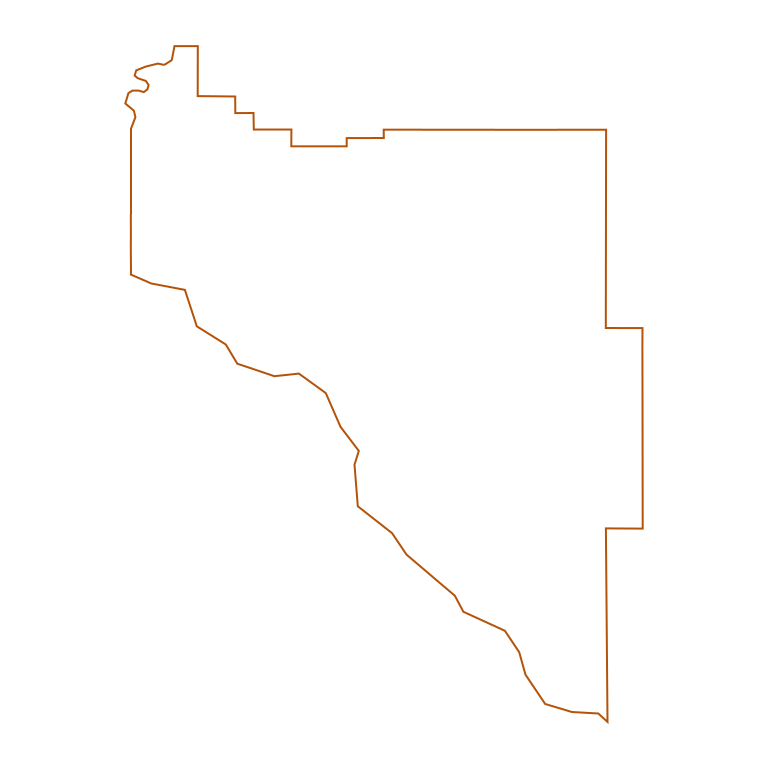 the district of Canyon, Idaho, United States of America
{"feature_id": "52423323B68106023304416", "entity_name": "Canyon", "entity_type": "district", "adm_level": 2, "iso_a3": "USA", "parent_name": "United States of America", "parent_adm1": "Idaho", "projection": "robinson", "projection_center": [-116.848, 43.585], "detail": "fine", "context": "isolated", "style": "outline", "palette": "amber", "viewbox_px": 768, "rotation_deg": 0, "n_neighbors": 0, "source": "geoboundaries", "source_scale": "gbopen_adm2", "svg_char_len": 994}
<svg xmlns="http://www.w3.org/2000/svg" viewBox="0 0 768 768"><path d="M130.9,274.6L151.3,283.5L184.9,289.9L196.8,326.3L225.8,344.5L237.3,363.7L274.4,376.2L298.9,373.6L325.8,393.1L340.5,426.8L358.8,450.9L354.5,464.7L357.8,506.3L392.1,533.2L406.5,554.6L454.9,595.8L463.4,611.8L504.9,630.8L519.2,652.2L525.5,674.7L545.2,704.0L571.9,712.0L598.3,713.5L607.5,721.9L605.9,528.4L642.7,528.6L642.5,395.0L642.4,344.9L642.5,328.1L605.8,328.0L606.1,129.7L532.1,129.8L421.1,129.7L383.7,129.7L383.8,138.0L346.7,138.1L346.7,146.3L291.3,146.3L291.4,129.5L253.8,129.5L253.5,113.0L235.3,113.1L235.2,96.5L197.7,96.1L197.8,46.1L174.5,46.1L172.0,59.0L171.5,60.3L165.3,64.3L163.6,64.8L158.1,63.6L156.6,63.9L145.7,66.6L136.2,70.4L134.7,75.6L137.7,78.2L145.8,80.9L148.6,85.0L147.4,89.4L143.8,92.1L138.6,90.6L132.4,90.6L128.4,93.2L125.3,103.5L133.9,110.7L135.4,117.1L135.1,118.0L131.0,128.7L131.0,213.7L130.8,214.9L130.9,235.6L130.8,245.5L131.0,272.1L130.9,274.6Z" fill="none" stroke="#b45309" stroke-width="2"/></svg>